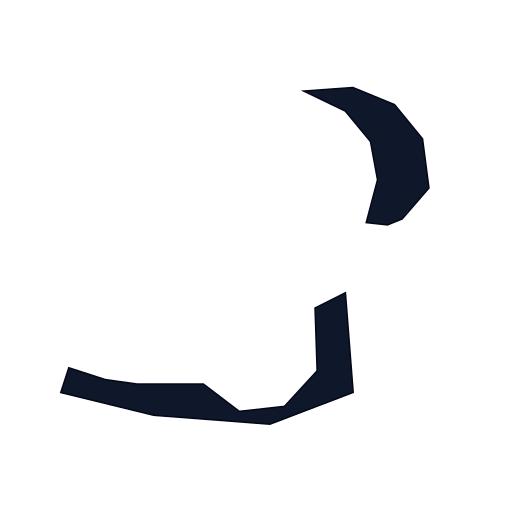 Cocos (Keeling) Islands, Albers equal-area conic projection, rotated 288°
{"feature_id": "IOA-1928", "entity_name": "Cocos (Keeling) Islands", "entity_type": "Province", "adm_level": 1, "iso_a3": "IOA", "parent_name": "Indian Ocean Territories", "parent_adm1": "", "projection": "albers", "projection_center": [96.87, -12.163], "detail": "fine", "context": "isolated", "style": "filled", "palette": "ink", "viewbox_px": 512, "rotation_deg": 288, "n_neighbors": 0, "source": "natural_earth", "source_scale": "10m", "svg_char_len": 479}
<svg xmlns="http://www.w3.org/2000/svg" viewBox="0 0 512 512"><g transform="rotate(288 256 256)"><path d="M224.8,328.2L248.7,352.4L156.3,390.6L100.3,321.2L72.9,208.0L65.8,112.5L91.9,112.5L91.9,150.7L97.5,182.5L118.0,245.5L103.1,288.1L121.8,329.5L165.7,349.6L224.8,328.2ZM374.1,399.5L336.4,383.6L326.2,371.5L321.8,350.5L366.0,348.0L400.2,329.5L421.4,296.1L427.6,250.3L446.2,296.1L442.8,341.0L418.9,378.2L374.1,399.5Z" fill="#0f172a" stroke="#020617" stroke-width="1.5"/></g></svg>